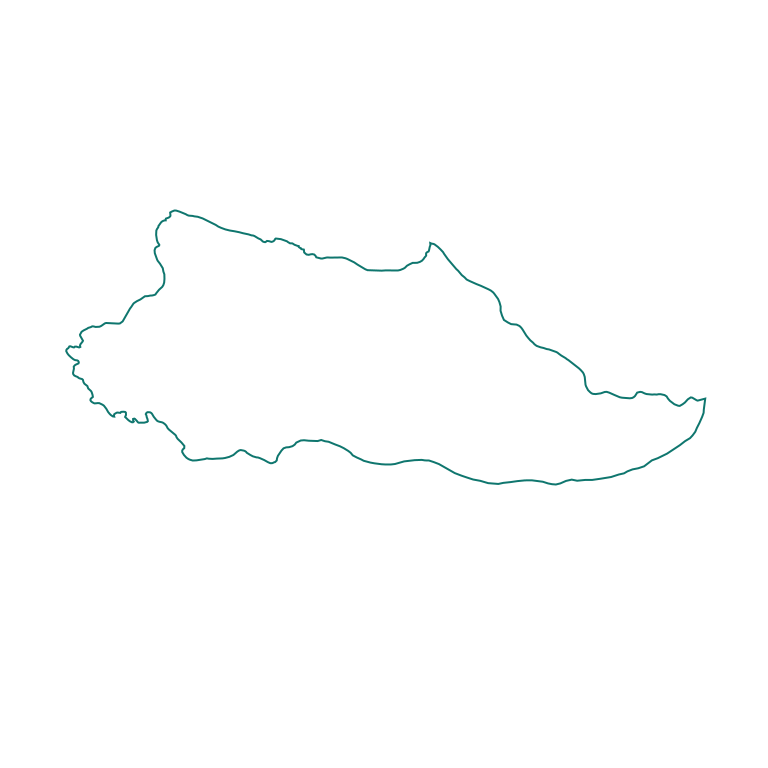 Cailaco, Bobonaro, East Timor (Equal Earth projection), rotated 114°
{"feature_id": "22284137B47334481051", "entity_name": "Cailaco", "entity_type": "district", "adm_level": 2, "iso_a3": "TLS", "parent_name": "East Timor", "parent_adm1": "Bobonaro", "projection": "equal_earth", "projection_center": [125.257, -8.874], "detail": "fine", "context": "isolated", "style": "outline", "palette": "teal", "viewbox_px": 768, "rotation_deg": 114, "n_neighbors": 0, "source": "geoboundaries", "source_scale": "gbopen_adm2", "svg_char_len": 6150}
<svg xmlns="http://www.w3.org/2000/svg" viewBox="0 0 768 768"><g transform="rotate(114 384 384)"><path d="M236.4,399.1L238.2,398.1L240.0,398.0L243.8,397.2L244.9,397.2L245.8,398.1L247.3,398.7L248.3,398.4L249.2,397.8L250.1,397.8L251.9,398.4L253.7,398.7L256.0,399.5L257.9,400.9L259.8,403.0L261.7,407.1L264.2,409.3L266.6,411.1L269.4,412.2L270.8,413.2L273.2,415.5L274.6,417.4L279.6,428.8L281.4,432.2L286.7,445.3L286.8,447.7L285.7,456.8L285.0,460.7L284.7,468.5L284.8,470.3L285.5,473.9L290.4,484.5L291.3,486.9L291.9,488.0L294.5,491.4L295.0,492.5L295.8,497.4L294.8,498.6L294.1,500.4L294.5,502.3L295.4,503.8L296.6,505.3L297.2,507.5L296.3,510.4L293.8,511.9L294.4,514.4L293.8,515.0L293.8,516.4L293.5,517.6L292.7,518.0L293.0,519.2L293.2,522.4L292.8,524.9L293.7,527.0L293.4,529.6L293.1,530.7L293.6,537.1L295.1,542.0L295.7,542.4L296.5,542.4L298.0,542.8L298.8,543.3L299.5,544.0L300.0,544.7L300.3,547.2L300.9,549.1L301.9,549.6L302.8,550.3L303.1,551.7L303.1,552.7L302.1,555.5L302.1,558.0L301.5,562.6L301.6,564.0L302.1,565.5L302.4,568.5L303.6,574.1L304.2,577.9L305.3,582.8L306.5,587.3L307.3,591.8L307.6,596.2L307.6,599.4L307.1,602.4L306.5,617.0L307.0,622.2L308.0,625.5L308.3,627.2L309.6,630.9L309.7,632.4L309.5,634.2L309.6,637.8L309.7,640.9L310.1,644.4L310.8,646.1L312.8,648.0L314.3,649.1L317.0,647.6L317.8,647.5L319.5,648.3L321.6,650.5L322.6,650.4L323.3,650.0L323.8,651.0L324.7,652.0L325.7,652.8L327.0,653.4L331.5,654.3L332.6,654.0L334.8,654.4L336.4,654.4L340.5,652.8L345.0,649.9L346.7,648.3L348.2,645.9L349.0,645.7L349.7,646.1L351.3,647.5L352.7,648.2L355.1,648.0L357.7,646.6L362.4,642.1L363.4,641.0L365.2,637.6L368.2,633.2L371.1,631.2L373.1,629.3L377.3,627.3L380.7,626.1L383.4,625.8L385.5,626.1L389.3,627.8L393.8,629.0L395.2,629.2L396.4,630.4L397.5,631.9L398.3,633.5L399.7,635.4L401.1,638.1L405.8,640.9L408.8,643.4L411.6,645.2L412.5,645.6L416.7,646.3L418.3,646.7L433.1,648.2L436.1,649.9L436.9,651.3L441.3,662.7L442.2,663.7L445.9,665.9L447.4,667.2L449.2,670.7L449.5,672.6L450.0,674.0L451.3,675.0L453.0,677.0L454.3,677.8L457.2,680.2L459.3,681.5L462.6,681.8L463.5,681.2L466.9,676.6L467.8,676.6L471.2,677.5L472.4,677.4L473.7,676.5L474.6,677.4L475.0,680.4L475.7,681.7L476.5,681.9L476.9,682.7L477.1,685.8L477.6,686.7L479.7,687.0L480.9,687.8L482.2,688.0L483.3,687.6L484.9,685.6L485.9,683.7L486.9,680.9L487.6,678.3L487.8,677.0L487.8,675.9L487.2,673.8L487.3,672.8L488.1,671.8L488.7,671.5L489.5,671.5L491.5,673.3L492.7,674.1L494.3,674.5L496.1,673.5L500.4,672.6L501.4,671.9L502.2,670.5L502.3,668.8L502.2,666.7L502.6,665.7L502.7,664.6L502.3,661.8L502.6,660.8L504.5,659.3L505.6,657.8L506.5,654.2L508.4,652.4L509.6,648.8L510.4,647.7L512.4,645.9L514.2,644.7L516.7,645.9L518.1,645.7L518.9,644.7L519.3,643.3L519.5,641.3L519.4,640.4L517.8,637.6L517.3,636.3L517.4,632.8L517.7,631.1L519.6,627.6L521.8,624.6L522.9,622.4L523.5,620.8L523.9,618.5L523.5,617.2L522.5,618.0L521.2,618.1L519.0,616.6L518.5,615.9L517.6,613.1L516.6,612.9L516.1,612.3L515.3,610.7L514.8,609.1L515.1,608.2L517.2,607.1L519.4,607.1L520.9,603.1L521.4,601.1L521.5,598.7L521.1,597.8L520.1,597.3L519.4,598.3L518.0,599.0L517.2,598.1L517.2,597.3L518.1,595.1L519.1,593.1L519.1,592.2L518.1,590.2L516.9,587.4L515.0,585.0L514.1,584.6L513.1,585.2L512.0,586.0L511.0,587.1L509.3,588.3L508.4,589.4L506.8,589.2L505.9,588.5L505.4,587.4L505.0,585.9L505.2,584.7L505.6,583.8L507.6,581.0L509.3,577.7L510.0,575.9L509.9,574.1L509.3,571.2L509.3,569.8L509.9,567.4L510.6,565.9L512.4,563.6L513.1,561.9L515.4,553.8L516.0,552.8L516.9,552.0L518.0,550.3L519.8,545.3L521.8,541.2L523.9,540.4L525.6,541.2L527.1,541.2L528.3,540.6L530.2,537.9L531.7,534.5L532.1,532.1L532.1,530.4L531.7,527.6L530.0,524.2L525.4,517.1L524.0,515.6L523.5,513.6L522.1,510.0L520.2,506.5L517.7,501.4L516.3,499.2L513.5,495.7L510.1,492.7L505.4,490.5L503.5,489.2L502.6,488.0L501.9,485.0L501.8,483.9L502.1,482.3L502.6,481.5L503.2,477.3L503.4,474.4L502.9,470.6L502.4,469.3L502.2,467.1L502.2,462.5L502.6,458.4L502.6,456.1L502.4,455.1L501.6,453.7L500.0,452.3L499.6,451.7L497.5,450.9L495.4,451.5L492.8,451.7L486.6,450.6L483.6,449.6L481.7,447.6L480.3,445.0L478.0,442.3L475.7,440.9L473.2,440.3L469.5,437.1L467.9,434.2L466.4,429.6L463.1,421.4L460.7,418.6L460.3,414.7L459.3,411.1L459.1,404.0L458.8,398.9L459.0,394.6L459.7,389.4L460.4,386.5L461.9,383.5L462.2,379.0L462.2,374.1L462.4,371.3L461.3,364.4L460.3,360.3L458.3,353.6L457.1,350.4L454.6,344.8L452.6,341.4L446.5,334.1L441.1,325.0L438.0,318.7L437.1,315.4L435.6,311.8L435.1,306.9L434.8,301.2L436.6,283.1L436.2,275.7L435.7,270.3L435.0,263.7L433.3,256.7L432.2,248.5L428.8,238.9L425.8,234.8L422.2,228.6L418.5,222.7L414.7,216.0L411.9,209.9L408.7,199.2L408.1,193.7L407.2,189.8L405.9,186.1L403.1,182.5L398.5,178.3L395.0,173.6L393.8,168.2L389.7,161.0L386.9,154.7L382.5,147.7L376.6,138.7L371.2,132.7L368.0,128.4L364.8,126.1L360.9,122.2L357.6,117.5L353.4,112.9L344.8,108.2L340.4,103.7L332.5,97.1L319.5,88.8L313.7,85.7L309.0,82.4L305.5,81.2L301.0,80.2L296.9,80.3L291.5,80.0L284.6,80.0L280.3,80.3L277.4,81.4L266.7,84.6L271.6,90.7L271.7,91.8L271.1,96.8L271.5,98.3L274.4,100.2L278.6,101.6L281.1,103.0L283.7,104.9L284.2,106.4L284.4,110.5L283.1,116.0L281.8,118.7L280.4,120.7L280.0,123.2L280.8,127.1L281.7,129.1L282.7,130.5L283.6,132.9L284.6,134.7L286.4,140.1L286.6,142.2L286.5,145.0L287.0,146.8L288.9,149.2L292.9,149.8L294.6,150.6L295.9,151.7L297.1,153.7L299.7,161.0L300.2,163.2L300.3,168.8L300.3,174.8L300.6,177.4L301.5,179.1L304.4,182.2L307.1,186.5L308.0,189.0L308.1,190.6L307.6,192.5L306.6,195.1L304.0,198.4L302.7,199.6L295.9,203.5L293.8,205.4L292.6,206.9L291.3,209.8L290.4,212.3L287.2,225.1L286.9,227.2L286.5,228.6L285.9,233.6L285.2,236.8L284.8,238.2L284.7,239.7L285.3,247.3L285.9,249.6L286.2,252.9L286.8,255.9L287.1,260.1L286.5,262.7L285.6,264.7L284.6,268.1L283.2,271.1L281.8,273.8L277.9,279.5L276.7,281.6L275.9,283.8L275.8,287.0L277.6,292.2L277.4,295.8L276.7,300.5L273.5,304.0L269.7,307.3L265.7,309.0L262.3,311.8L259.9,314.4L256.6,320.1L255.9,321.6L255.2,324.3L255.0,326.9L254.9,335.4L255.1,340.2L255.1,347.2L255.0,350.2L254.9,351.1L253.8,353.8L252.9,357.2L250.4,362.3L249.6,364.7L244.0,376.4L240.7,382.0L239.5,383.7L238.1,387.0L236.8,390.6L235.9,394.6L235.9,395.7L236.4,397.7L236.4,399.1Z" fill="none" stroke="#0f766e" stroke-width="2"/></g></svg>